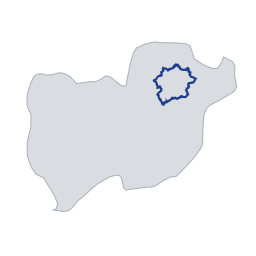 location of Nyamagabe, Southern, Rwanda, rotated 186°
{"feature_id": "39286606B14277660644276", "entity_name": "Nyamagabe", "entity_type": "district", "adm_level": 2, "iso_a3": "RWA", "parent_name": "Rwanda", "parent_adm1": "Southern", "projection": "orthographic", "projection_center": [29.511, -2.4], "detail": "fine", "context": "in_parent", "style": "outline", "palette": "blue", "viewbox_px": 256, "rotation_deg": 186, "n_neighbors": 0, "source": "geoboundaries", "source_scale": "gbopen_adm2", "svg_char_len": 6002}
<svg xmlns="http://www.w3.org/2000/svg" viewBox="0 0 256 256"><g transform="rotate(186 128 128)"><path d="M98.2,71.6L101.5,71.5L123.7,66.2L125.9,67.9L129.5,78.2L131.4,79.7L134.5,80.0L140.7,77.7L152.1,69.6L157.1,64.7L163.0,57.8L170.5,50.1L174.7,43.3L178.8,39.4L184.1,38.2L190.1,38.5L194.2,38.6L190.8,40.2L190.1,45.2L194.0,53.1L206.7,69.5L214.8,72.6L220.1,78.9L225.3,89.7L226.8,103.1L224.7,119.3L225.9,131.3L230.6,139.2L231.8,149.4L229.6,162.0L226.9,169.5L223.7,172.0L220.1,172.9L215.2,172.1L209.2,173.1L202.7,175.5L198.6,175.8L196.0,175.3L191.3,173.3L183.7,166.8L169.5,170.4L165.7,170.3L160.5,173.4L156.3,177.2L153.7,177.5L151.1,177.0L138.9,169.3L134.5,169.5L132.6,191.1L130.6,203.0L128.1,208.3L119.4,213.5L110.6,216.4L105.8,216.2L86.5,217.8L79.0,217.8L74.8,216.1L69.4,203.9L59.1,198.4L49.3,195.9L45.3,196.6L41.8,203.0L40.3,208.7L30.8,204.8L27.9,200.0L27.7,191.8L24.2,180.6L26.1,175.8L29.8,172.7L37.7,166.8L49.8,158.6L52.3,154.7L54.0,148.2L53.3,133.0L52.1,120.2L53.5,115.7L59.0,105.8L66.4,95.6L75.0,84.9L80.2,83.9L86.9,79.8L94.1,73.8L98.2,71.6Z" fill="#d9dde1" stroke="#a8b0b8" stroke-width="1"/><path d="M100.1,161.2L99.9,160.8L100.0,160.5L99.7,160.3L99.6,160.5L99.3,160.4L99.2,160.3L99.2,160.2L98.7,159.8L98.8,159.7L98.6,159.6L98.5,159.4L98.3,159.1L98.5,158.9L98.0,158.7L98.0,158.3L97.9,158.2L97.5,157.7L97.2,157.5L97.2,157.3L97.0,157.1L96.9,157.2L97.0,156.9L96.8,156.8L96.8,156.5L96.6,156.4L96.5,156.1L96.6,155.8L96.4,155.7L96.2,155.2L95.7,155.3L95.5,155.2L95.4,155.6L95.2,155.5L95.3,155.9L95.2,156.1L95.0,155.9L94.8,156.0L95.0,156.3L94.9,156.4L94.6,156.5L94.5,156.3L94.3,156.7L94.0,156.8L93.8,157.0L93.6,157.1L93.3,157.4L93.4,157.5L93.2,157.5L93.0,157.8L92.7,157.7L92.6,158.0L92.5,157.9L92.3,157.9L92.1,158.2L92.2,158.6L91.9,158.3L91.8,158.5L91.7,158.9L91.3,158.8L91.2,158.7L91.1,158.9L90.9,159.0L90.3,159.3L90.1,159.5L89.9,159.3L89.6,159.4L89.5,159.7L89.2,160.1L89.3,160.2L89.2,160.3L88.9,160.5L88.7,160.5L88.4,161.0L88.0,161.1L87.9,161.3L87.7,161.4L87.7,161.5L87.5,162.0L87.4,162.6L87.1,162.8L86.9,162.6L86.2,162.6L86.0,162.1L85.7,162.3L85.3,162.5L85.2,162.4L85.1,162.5L84.9,162.5L85.0,162.7L84.6,162.7L84.2,163.0L84.1,162.8L83.4,162.8L83.3,162.6L82.8,162.4L82.7,162.2L82.1,162.1L81.8,162.7L81.5,162.9L81.3,162.9L80.8,163.3L80.5,163.0L80.2,163.1L79.9,163.4L80.0,163.5L79.9,163.6L79.8,163.8L79.5,163.9L79.6,164.0L79.4,164.1L79.2,164.5L78.8,164.8L78.7,165.0L78.6,165.3L78.2,165.3L78.3,165.1L78.1,164.7L77.9,164.5L77.3,164.5L77.0,164.8L76.7,164.5L76.3,164.8L74.6,164.6L74.4,164.7L74.2,164.7L74.2,165.0L73.8,165.3L73.6,165.3L72.9,166.1L72.6,167.1L72.1,167.2L71.8,167.5L71.7,167.6L71.9,167.8L72.2,168.0L72.4,168.4L72.3,168.6L72.6,168.9L72.4,169.2L72.5,169.5L73.1,170.3L73.5,170.4L73.6,170.9L74.1,171.3L74.2,171.6L74.0,171.9L74.1,172.2L73.7,172.5L73.5,173.1L73.3,173.4L73.4,173.5L72.8,173.7L72.8,174.1L72.5,174.6L72.1,174.5L71.9,174.8L71.9,175.0L71.6,175.6L71.9,176.0L72.0,176.4L72.3,176.3L72.5,176.5L72.6,176.9L72.5,177.1L72.7,177.4L72.5,177.8L72.6,178.0L72.3,178.1L72.3,178.6L72.1,179.1L71.5,179.0L71.1,179.1L71.0,179.3L70.7,179.4L70.4,179.3L70.0,179.3L69.6,179.9L68.7,179.9L67.6,180.1L67.5,180.3L67.6,180.7L67.3,180.8L67.2,181.3L66.9,181.6L66.8,182.3L66.4,182.6L66.2,183.0L66.5,183.5L66.4,183.8L66.0,184.2L66.6,184.3L67.3,184.8L67.4,184.7L67.6,184.9L67.9,185.0L68.5,185.0L68.9,185.4L69.6,185.5L69.8,185.4L70.4,185.3L70.5,185.7L70.8,185.9L71.2,186.1L71.5,186.4L71.7,186.5L72.0,186.8L72.0,187.2L72.1,187.5L71.9,187.8L72.2,187.9L72.1,188.0L72.1,188.7L72.0,188.9L72.0,189.1L71.6,189.7L71.6,189.9L71.8,190.0L72.4,189.8L72.6,190.1L73.0,190.1L73.7,190.2L73.8,190.5L73.6,190.9L73.5,191.0L73.6,191.6L73.4,191.8L73.5,192.1L74.3,192.0L74.5,192.2L74.3,192.6L74.5,192.8L74.2,193.5L74.4,193.9L74.7,194.0L74.9,193.8L75.5,193.6L76.0,193.2L76.0,192.9L76.0,192.5L76.2,192.3L76.2,191.7L76.3,191.7L76.7,191.6L77.3,191.6L77.5,191.7L77.5,191.8L77.9,192.0L78.2,191.9L78.4,191.9L79.0,191.5L79.8,191.6L79.9,191.8L80.2,192.0L80.8,192.1L81.3,191.8L82.3,192.2L82.5,193.2L82.9,193.3L82.9,194.0L83.1,194.2L83.4,193.9L83.7,194.4L84.4,194.4L84.4,194.6L84.5,195.2L84.4,195.4L84.7,195.8L85.3,196.3L85.6,196.4L86.0,196.2L86.1,195.7L86.1,195.4L86.3,195.1L86.6,195.0L87.0,195.0L87.3,195.0L87.5,195.0L87.6,195.3L87.7,195.1L88.1,194.9L88.4,194.7L88.5,194.9L88.8,194.7L88.8,194.3L88.6,194.3L88.4,193.9L88.1,193.6L88.7,193.1L88.9,193.2L89.0,193.0L89.4,193.1L89.5,192.6L89.7,192.2L90.1,192.1L90.1,191.8L90.7,191.8L90.8,191.7L91.2,191.6L91.5,191.4L91.9,191.4L92.1,191.5L92.2,191.4L92.2,190.9L92.3,190.8L92.6,190.7L92.8,190.8L93.0,190.8L93.0,190.6L93.4,190.4L93.5,190.0L93.5,189.9L93.8,189.5L94.4,189.4L94.4,189.9L94.5,189.8L95.2,190.3L95.4,190.6L96.2,191.0L97.1,190.7L97.5,191.1L98.0,191.0L99.3,191.6L99.5,191.3L99.4,190.8L99.5,190.1L99.6,189.9L99.5,189.6L99.2,189.4L99.0,188.9L98.9,188.8L98.8,188.6L99.0,188.3L99.2,188.1L99.5,187.7L100.0,187.5L100.7,186.9L100.9,186.9L100.9,186.6L100.5,186.2L100.2,185.6L100.2,185.4L100.3,185.0L100.2,184.9L100.3,184.4L100.0,184.2L100.0,183.9L100.2,183.6L100.6,183.3L101.1,183.7L101.6,183.8L101.8,183.7L102.0,183.1L102.2,182.9L102.9,182.8L103.6,182.4L103.7,182.2L103.8,182.2L104.0,181.6L104.8,180.3L104.9,179.6L105.4,179.1L106.1,178.8L106.4,178.8L106.6,178.6L106.9,178.1L107.2,178.1L107.3,177.7L106.6,177.3L106.1,177.0L105.2,176.9L104.8,176.7L104.2,175.5L104.3,175.1L104.3,174.7L103.7,174.5L103.7,174.1L103.7,173.8L103.5,173.5L103.5,173.4L103.3,173.2L103.1,172.7L102.9,172.4L102.7,171.5L102.9,171.3L103.0,171.1L102.5,171.1L102.0,171.7L101.8,172.0L101.7,171.9L101.6,172.3L101.2,172.6L100.7,172.8L100.4,172.5L100.0,172.2L100.1,171.7L99.9,171.5L99.7,171.2L99.2,170.6L98.8,170.4L98.9,169.8L98.8,169.2L98.7,169.0L98.7,168.9L98.7,168.7L99.1,168.6L99.3,168.7L99.6,167.8L99.6,167.7L100.1,167.4L100.1,167.2L100.3,167.1L100.5,166.7L100.9,166.4L101.7,165.9L102.3,164.3L102.1,164.1L101.9,164.0L101.6,164.0L101.4,163.8L101.4,163.5L101.1,163.5L101.2,163.3L101.0,163.2L100.9,162.9L100.9,162.7L100.8,162.4L100.7,162.2L100.6,161.6L100.5,161.3L100.4,161.4L100.1,161.2Z" fill="none" stroke="#1e3a8a" stroke-width="2"/></g></svg>